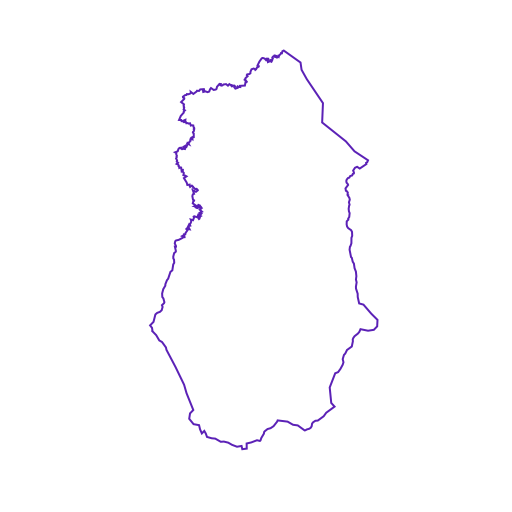 Ga South Municipal, Greater Accra, Ghana, rotated 236°
{"feature_id": "2480657B41485746076017", "entity_name": "Ga South Municipal", "entity_type": "district", "adm_level": 2, "iso_a3": "GHA", "parent_name": "Ghana", "parent_adm1": "Greater Accra", "projection": "orthographic", "projection_center": [-0.406, 5.677], "detail": "fine", "context": "isolated", "style": "outline", "palette": "violet", "viewbox_px": 512, "rotation_deg": 236, "n_neighbors": 0, "source": "geoboundaries", "source_scale": "gbopen_adm2", "svg_char_len": 6150}
<svg xmlns="http://www.w3.org/2000/svg" viewBox="0 0 512 512"><g transform="rotate(236 256 256)"><path d="M272.7,402.4L287.7,396.2L300.8,394.6L329.7,385.5L345.3,397.0L374.2,397.0L384.9,397.9L391.5,401.1L410.8,393.9L411.0,392.4L409.6,390.9L410.2,390.2L409.8,389.8L409.3,387.3L408.5,386.3L409.4,386.2L408.7,384.7L409.0,384.1L409.6,383.9L410.6,384.6L411.8,383.7L411.9,383.3L410.9,382.7L411.8,381.9L411.6,380.9L411.3,380.4L410.2,380.3L410.0,379.4L409.2,378.9L408.4,377.4L408.9,377.1L409.8,378.0L410.3,377.6L409.8,375.8L410.1,374.4L411.1,375.0L411.9,374.8L412.2,376.4L412.7,376.5L413.7,375.1L413.5,374.5L412.2,374.5L412.4,373.9L414.7,373.6L415.8,372.9L416.6,372.0L416.6,371.1L415.3,367.6L413.0,363.6L412.6,363.4L411.7,364.4L411.5,364.2L411.6,361.9L410.8,360.6L410.7,359.5L411.6,359.6L412.7,358.9L413.3,356.7L411.8,354.4L410.6,353.5L410.6,352.1L411.5,350.3L411.1,349.5L409.7,349.5L409.4,346.9L408.4,346.0L408.7,345.4L408.5,345.1L406.9,345.7L405.6,345.8L405.4,345.3L406.0,344.5L403.5,342.1L406.0,337.9L404.9,337.4L405.9,336.1L406.9,335.6L406.6,335.1L405.7,335.3L405.6,335.0L406.3,332.5L408.0,332.4L408.3,333.5L409.3,333.4L410.1,332.2L410.1,330.9L410.7,330.8L410.9,331.6L411.2,331.5L412.3,330.4L413.4,330.0L412.9,328.0L415.2,327.3L416.4,324.9L416.2,323.6L416.6,322.6L417.3,322.1L418.2,323.0L419.1,322.0L418.1,318.3L416.6,316.7L416.5,315.7L417.3,313.8L420.4,312.6L419.9,311.1L418.5,309.2L418.9,307.5L420.8,306.1L421.5,304.0L423.0,304.7L422.5,305.3L422.6,305.8L423.5,306.1L425.3,302.9L424.7,301.1L426.0,299.5L425.6,298.8L425.4,294.7L428.5,293.7L427.6,293.3L427.5,292.2L427.9,290.4L428.9,289.3L428.4,288.4L429.0,287.2L428.9,284.5L428.3,284.2L428.0,284.6L426.9,284.8L426.3,284.2L425.5,280.0L422.0,281.1L421.2,280.1L420.4,280.0L420.0,279.4L419.1,279.4L417.9,277.9L416.5,278.5L416.2,276.9L415.3,276.3L414.2,272.0L411.8,268.3L410.5,270.1L409.4,269.7L408.9,270.6L407.9,270.9L408.7,272.1L408.4,273.6L406.6,272.1L406.0,272.8L405.0,272.5L404.4,273.7L403.4,274.2L402.9,275.5L400.6,274.9L400.3,275.9L399.3,277.0L398.1,276.4L396.9,276.4L396.2,275.5L395.8,275.8L394.3,274.3L394.1,273.2L393.6,272.7L392.4,272.9L389.4,270.9L390.1,269.9L388.4,268.7L390.1,268.2L390.0,267.8L388.9,267.7L389.2,266.7L388.1,266.1L388.1,265.2L387.4,264.2L388.0,262.9L386.3,262.8L387.4,262.2L387.5,261.6L386.5,261.1L385.2,259.1L385.2,258.7L385.7,258.7L386.9,259.1L387.0,257.0L386.4,256.7L385.2,257.7L384.4,256.9L385.6,255.6L385.9,254.4L386.9,254.0L387.5,254.7L388.4,253.0L388.0,251.4L386.6,249.7L387.2,246.9L385.9,247.5L384.8,246.7L383.2,246.4L382.9,245.7L382.1,245.4L381.6,244.3L379.3,244.0L378.6,243.1L376.9,243.5L376.7,241.7L375.4,242.5L374.2,242.6L373.7,242.0L372.6,242.1L371.9,241.7L371.6,243.1L371.2,243.4L368.1,241.9L368.5,243.2L368.3,243.5L366.9,242.4L365.2,242.6L363.6,241.0L362.3,242.2L360.9,242.9L360.9,239.8L355.6,239.6L353.3,238.8L352.3,240.9L351.2,240.2L350.1,240.0L350.2,242.2L348.5,242.6L347.7,242.0L347.1,242.7L345.5,243.0L344.9,244.3L343.4,244.6L343.0,244.5L342.8,242.1L345.8,240.4L342.2,239.4L342.5,238.6L342.2,237.8L341.2,236.7L338.0,235.3L336.7,235.8L336.4,235.5L336.5,234.7L335.0,233.0L331.6,234.3L331.7,232.9L331.0,233.7L330.2,233.1L328.8,233.9L328.4,234.4L328.9,234.7L329.8,234.1L330.3,234.4L330.2,235.9L330.6,236.8L329.2,237.7L328.8,237.2L329.5,236.8L329.0,236.2L327.6,236.4L327.4,237.8L326.3,237.8L326.6,236.8L325.9,236.5L325.8,235.3L322.9,236.0L323.3,233.5L322.4,233.5L321.6,234.2L321.5,233.8L321.6,233.2L322.6,232.4L321.9,231.8L320.0,232.6L320.1,231.3L319.3,231.0L318.5,229.8L318.5,229.4L320.3,229.4L320.9,230.3L321.9,230.4L321.3,229.6L321.4,228.6L323.5,227.0L323.5,226.3L322.4,226.0L320.9,223.8L322.7,222.3L321.5,222.0L320.6,221.3L319.9,220.4L319.5,218.9L317.9,218.5L318.2,217.8L319.4,217.9L317.9,215.3L317.7,215.1L317.2,216.2L315.3,215.9L317.5,213.9L317.5,213.5L317.2,213.3L315.9,214.2L314.5,210.5L313.6,209.6L314.2,208.5L312.7,207.8L313.7,207.4L313.8,205.9L312.8,206.5L312.0,206.5L312.5,205.6L312.1,205.2L312.6,200.9L313.6,198.4L313.4,197.3L311.9,195.7L308.9,195.2L308.5,194.9L309.1,194.0L304.8,192.3L304.3,191.5L304.2,189.8L301.8,187.1L300.2,186.1L298.8,186.0L296.1,184.4L295.3,182.7L290.9,178.6L290.7,176.2L286.3,170.5L285.7,168.6L283.3,165.1L282.1,164.2L280.4,160.6L277.4,157.2L274.4,155.4L272.6,155.5L268.9,154.2L268.3,153.3L267.8,150.5L266.0,150.1L263.8,147.5L263.4,145.1L264.1,142.3L263.8,139.9L258.7,134.2L257.7,129.4L254.6,129.6L252.2,128.5L251.9,128.0L246.2,129.0L240.1,128.6L237.2,130.0L230.5,130.2L228.3,129.3L209.0,127.2L189.5,124.4L181.1,121.7L163.4,117.9L162.4,113.3L158.4,109.6L151.5,110.2L147.6,114.2L143.6,112.7L139.2,111.9L139.9,115.3L136.9,115.1L133.4,114.2L129.6,117.4L127.4,120.1L121.7,122.9L120.1,125.6L116.8,128.6L112.9,130.5L108.5,133.6L106.6,137.8L103.5,136.6L101.5,140.6L105.8,143.4L104.1,147.8L102.7,153.8L100.5,155.8L100.6,156.6L102.2,158.7L104.3,163.2L105.5,164.3L105.8,165.1L106.1,168.8L105.1,171.8L105.1,175.4L106.9,181.0L107.6,182.0L101.0,189.6L95.4,192.3L92.2,195.9L84.2,198.8L83.9,199.5L83.8,201.1L83.0,203.6L83.0,205.3L83.7,206.9L85.7,208.8L86.2,210.3L86.2,213.1L85.0,215.2L85.3,222.5L86.8,226.6L87.2,236.9L92.1,236.2L105.8,243.6L114.5,256.1L113.8,259.1L115.2,262.9L117.4,267.1L119.0,269.1L122.0,270.2L124.8,273.6L125.2,275.4L127.2,278.9L127.4,284.8L131.1,288.6L132.8,289.6L133.7,291.0L134.4,292.9L134.7,297.1L135.3,299.2L136.9,301.7L131.4,307.1L128.9,312.4L129.9,317.1L135.1,321.0L143.8,319.3L155.6,317.9L159.0,315.0L165.1,317.4L167.9,319.2L173.1,320.7L174.7,321.7L177.9,324.7L180.6,325.7L183.1,327.9L187.2,330.1L190.8,330.9L194.9,332.9L197.2,333.0L200.9,334.4L202.0,334.2L208.9,337.1L211.1,339.0L211.5,340.0L213.2,342.2L217.7,345.3L218.9,347.0L222.3,349.1L224.2,349.3L227.6,348.0L229.5,348.0L231.5,348.8L234.0,350.6L234.5,352.9L235.4,353.3L236.2,355.1L239.2,357.6L241.0,358.0L243.3,359.2L245.7,361.4L246.1,362.2L248.6,363.1L250.2,365.2L251.9,365.9L254.8,366.0L255.0,366.4L255.6,366.1L257.3,367.6L259.1,367.5L259.8,367.0L262.0,368.0L263.4,372.1L264.2,372.3L266.2,372.1L267.7,372.8L268.6,373.9L269.2,375.8L268.8,377.2L269.6,378.8L269.0,380.8L269.9,382.1L269.7,383.3L270.5,383.9L272.5,384.3L273.8,387.4L273.4,389.7L270.5,390.9L270.5,398.9L271.6,399.3L271.6,400.7L272.7,402.4Z" fill="none" stroke="#5b21b6" stroke-width="2"/></g></svg>